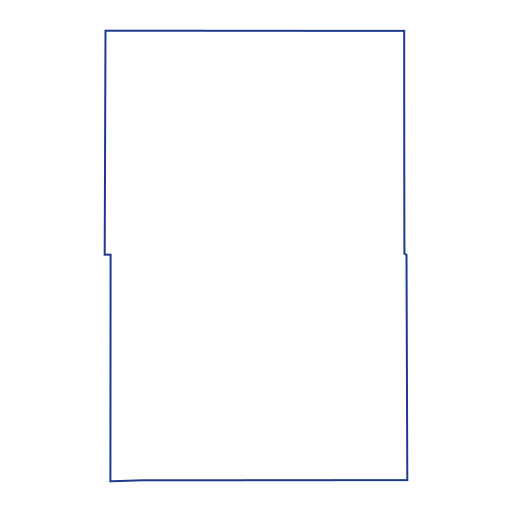 outline of Hand, South Dakota, United States of America
{"feature_id": "52423323B54672876637776", "entity_name": "Hand", "entity_type": "district", "adm_level": 2, "iso_a3": "USA", "parent_name": "United States of America", "parent_adm1": "South Dakota", "projection": "equal_earth", "projection_center": [-98.973, 44.546], "detail": "fine", "context": "isolated", "style": "outline", "palette": "blue", "viewbox_px": 512, "rotation_deg": 0, "n_neighbors": 0, "source": "geoboundaries", "source_scale": "gbopen_adm2", "svg_char_len": 291}
<svg xmlns="http://www.w3.org/2000/svg" viewBox="0 0 512 512"><path d="M110.4,481.3L141.8,480.3L295.7,480.2L407.3,480.1L406.5,254.8L404.4,253.6L404.3,199.1L404.2,87.8L404.2,30.9L398.7,30.9L105.5,30.7L104.7,254.7L110.6,254.7L110.4,481.3Z" fill="none" stroke="#1e3a8a" stroke-width="2"/></svg>